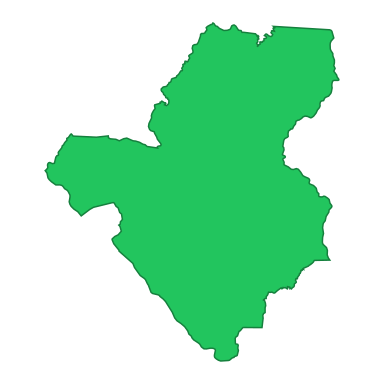 Moatize, Tete, Mozambique
{"feature_id": "85939544B94790467869630", "entity_name": "Moatize", "entity_type": "district", "adm_level": 2, "iso_a3": "MOZ", "parent_name": "Mozambique", "parent_adm1": "Tete", "projection": "mercator", "projection_center": [34.056, -16.014], "detail": "fine", "context": "isolated", "style": "filled", "palette": "green", "viewbox_px": 384, "rotation_deg": 0, "n_neighbors": 0, "source": "geoboundaries", "source_scale": "gbopen_adm2", "svg_char_len": 5923}
<svg xmlns="http://www.w3.org/2000/svg" viewBox="0 0 384 384"><path d="M159.9,296.4L163.2,299.0L165.6,301.6L172.3,312.3L174.7,317.9L177.0,320.8L181.0,323.5L184.7,326.7L187.8,331.0L188.9,334.1L191.3,336.1L192.0,337.9L193.7,339.9L198.6,343.1L199.9,344.3L201.4,346.9L203.9,348.8L206.3,348.9L210.1,348.2L212.2,348.2L213.7,348.5L215.1,349.3L215.4,350.5L214.4,355.2L214.5,356.8L215.0,357.7L216.3,358.9L218.4,360.2L220.7,361.0L228.4,360.5L229.5,360.2L232.4,357.8L234.0,357.4L234.5,356.5L236.7,355.8L237.2,355.4L238.4,350.5L237.8,348.2L238.2,345.2L237.7,344.3L235.9,344.0L235.4,343.3L235.2,338.3L235.9,337.0L237.5,335.9L239.0,331.4L240.3,330.7L242.4,328.1L242.9,327.6L244.0,327.5L262.0,327.6L263.1,318.2L262.8,315.4L263.6,313.5L265.1,312.6L265.1,307.6L265.7,305.8L265.4,303.1L264.4,300.2L264.1,299.9L263.5,300.1L263.5,299.8L264.8,298.7L266.2,298.5L266.2,296.7L267.7,294.8L268.5,292.2L270.1,292.4L271.9,292.1L273.6,293.0L274.7,293.0L277.5,290.5L281.1,287.9L281.8,288.2L281.8,288.7L282.1,288.7L282.8,288.4L283.1,287.5L284.4,287.8L285.1,287.5L287.3,288.9L287.8,288.0L287.4,287.5L287.5,286.6L289.8,287.2L289.9,288.7L290.8,288.4L291.5,288.9L292.4,287.7L293.7,286.9L294.3,285.9L294.3,284.1L296.2,282.4L296.1,281.3L295.5,280.3L295.9,278.7L296.3,278.5L297.0,278.9L297.4,278.5L297.7,277.0L299.3,275.0L299.3,274.0L300.3,273.3L300.4,272.6L301.0,271.6L300.9,270.5L301.3,270.1L302.2,270.3L302.7,269.0L303.6,269.4L303.4,268.7L303.6,268.2L308.4,266.1L309.3,265.2L310.9,264.4L311.2,263.7L311.9,263.5L313.4,262.0L314.3,260.4L329.8,260.1L328.3,257.9L327.2,254.9L327.4,250.4L326.5,247.6L323.1,244.4L322.5,243.0L322.4,241.6L322.6,237.4L323.5,233.5L322.6,227.8L323.1,224.1L323.6,222.8L325.2,220.8L326.1,216.5L328.8,212.2L329.1,209.9L331.5,207.4L331.9,206.4L331.7,205.5L330.0,203.2L329.1,199.5L327.6,198.1L325.0,196.4L323.8,196.2L322.2,196.9L320.5,196.9L319.1,196.5L318.7,195.9L318.8,193.7L317.1,191.9L316.3,188.5L315.8,187.7L313.5,185.5L309.9,184.0L309.3,183.4L309.1,182.7L309.7,180.3L309.2,179.0L308.2,178.2L304.7,176.7L302.8,175.6L300.8,172.3L298.4,169.3L296.4,168.6L293.4,169.5L291.3,169.3L288.3,166.9L284.4,165.0L284.0,164.5L284.1,162.2L282.8,159.4L283.2,158.6L285.1,157.5L285.3,156.7L285.0,156.1L282.6,154.9L282.4,154.5L284.0,149.9L283.7,147.5L282.8,146.5L283.8,140.3L284.8,138.6L287.5,137.2L288.2,136.4L288.0,133.7L288.5,131.0L290.1,129.9L290.7,129.0L291.7,129.1L292.6,128.7L293.6,126.4L295.5,124.0L296.0,121.2L297.9,120.2L299.0,120.1L301.5,118.5L303.1,116.9L305.0,116.1L307.5,116.4L310.6,117.8L311.6,117.6L313.6,116.2L316.1,113.0L317.4,110.1L319.4,107.7L320.1,105.9L319.9,103.9L320.5,101.8L321.5,101.0L323.6,100.6L324.6,98.2L325.9,97.2L328.6,96.1L330.8,93.4L331.4,91.8L332.1,87.9L331.8,85.9L331.9,83.9L332.3,82.0L332.9,80.9L333.9,80.4L338.0,80.4L338.8,80.0L338.8,79.3L337.1,76.9L336.6,75.0L333.8,71.2L335.1,68.4L333.8,65.7L334.4,62.9L334.4,60.0L332.9,56.0L332.8,53.5L330.8,50.4L330.3,48.9L330.1,44.7L330.3,43.0L331.1,41.1L333.8,38.0L331.9,31.3L331.0,30.3L329.7,29.8L273.6,26.4L274.9,27.4L274.7,27.9L273.4,27.9L273.1,28.3L273.9,30.6L274.4,30.9L274.5,31.3L272.4,30.7L271.6,30.9L271.5,31.9L271.0,32.7L272.7,34.6L272.0,35.9L271.0,36.6L268.4,35.7L267.5,34.6L266.2,34.0L265.6,34.2L264.4,35.6L266.3,36.6L266.5,37.5L266.1,38.2L264.0,38.7L263.9,40.8L262.2,41.6L262.2,42.2L261.3,42.4L260.6,41.9L259.9,42.1L260.1,44.1L258.9,44.7L258.0,46.0L257.0,46.7L257.6,46.0L257.7,44.6L256.7,43.7L256.6,43.1L257.8,41.8L257.5,39.3L258.7,39.1L258.7,38.4L257.6,36.9L258.5,37.0L258.7,36.3L257.8,35.4L256.8,35.4L255.5,33.8L243.6,32.3L242.0,32.4L241.1,30.6L238.5,30.2L235.8,26.1L234.2,25.0L233.2,25.1L231.7,25.9L230.6,28.6L229.9,29.4L227.3,30.3L223.9,30.5L219.4,28.4L217.3,26.4L215.5,25.9L214.0,23.6L212.9,23.0L211.9,24.5L211.0,24.5L207.5,26.4L206.2,27.6L206.9,29.9L205.3,31.9L205.1,32.7L203.9,33.4L201.6,33.5L200.6,34.3L200.4,36.3L198.3,42.4L196.8,44.4L194.2,44.7L192.8,45.7L192.2,48.3L193.0,51.1L192.9,52.5L192.5,53.1L189.4,55.1L188.8,55.8L188.9,56.5L189.5,57.4L189.5,58.6L188.7,59.5L187.9,61.5L187.2,61.9L186.0,61.2L185.1,61.2L184.8,62.1L184.9,63.7L183.3,64.2L182.8,64.7L183.2,66.2L181.8,68.2L182.4,69.8L182.3,70.6L180.7,71.0L178.9,74.0L177.4,75.5L176.8,75.8L176.2,77.4L172.3,78.6L171.6,79.1L170.9,81.6L170.2,82.3L169.1,82.5L168.6,84.0L167.7,84.7L166.7,86.3L163.2,87.0L161.2,89.0L161.2,90.3L161.8,91.5L162.7,92.1L163.5,93.6L163.6,94.4L165.3,95.8L165.8,97.5L166.2,97.9L167.6,98.1L167.8,99.2L168.9,100.2L168.8,102.9L168.0,104.5L166.4,105.6L164.6,104.8L165.8,103.6L165.5,102.8L164.3,102.7L161.9,101.1L161.3,101.9L160.2,102.1L160.0,102.7L160.2,103.3L154.8,104.8L154.5,105.7L155.1,108.6L153.5,110.7L152.0,113.5L151.3,116.0L151.6,116.7L151.5,118.2L149.0,123.4L148.5,126.5L149.5,129.3L150.7,130.6L154.3,131.8L154.6,133.3L156.7,137.0L157.4,139.2L160.6,143.4L161.1,144.6L160.7,145.7L158.2,146.2L157.5,146.6L157.2,147.2L157.6,148.0L147.1,146.5L145.1,144.7L142.9,144.2L139.6,142.3L135.7,141.1L133.0,140.8L126.8,138.1L123.7,138.7L119.3,140.8L115.9,139.3L110.2,138.8L108.4,137.7L108.3,135.9L96.4,137.2L73.2,136.1L71.4,134.0L70.6,134.3L68.4,137.5L66.8,138.4L66.9,140.4L65.8,141.3L64.2,143.4L63.6,144.9L62.4,145.6L61.7,147.9L58.6,151.8L58.2,152.8L58.5,154.1L58.4,155.1L56.8,155.8L55.8,157.2L54.4,163.3L52.4,163.6L49.8,162.5L48.7,162.8L48.0,163.5L47.5,165.0L47.8,167.3L47.6,168.0L46.5,169.5L45.2,170.6L47.0,173.1L48.0,177.9L49.2,179.6L51.5,181.8L55.8,184.9L59.9,184.9L61.8,185.4L63.0,186.4L64.6,188.7L66.8,190.0L68.0,191.2L69.8,194.7L70.0,195.5L70.0,197.1L69.2,201.8L69.9,204.2L71.1,206.3L73.9,209.1L77.8,211.7L81.2,215.9L89.8,209.4L93.5,207.3L111.8,202.8L113.4,202.6L114.2,203.0L116.1,206.4L118.1,207.8L119.7,212.5L121.5,214.0L122.4,219.4L120.4,221.9L120.2,224.1L118.8,225.1L120.0,226.4L121.3,231.2L118.2,234.8L114.8,236.5L112.2,238.9L112.1,239.7L113.8,243.8L118.9,250.1L119.1,251.2L132.9,263.4L134.5,267.5L140.2,275.5L144.4,278.5L145.5,279.7L147.5,283.9L148.3,285.0L151.1,292.4L152.6,293.5L158.4,294.9L159.6,295.7L159.9,296.4Z" fill="#22c55e" stroke="#15803d" stroke-width="1.5"/></svg>